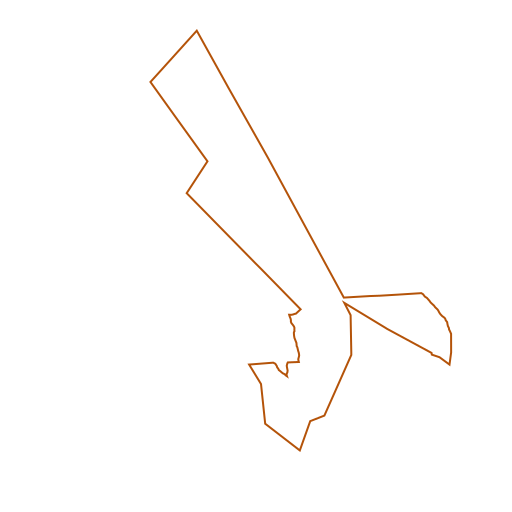 the district of Sebastião Leal, Piauí, Brazil, rotated 139°
{"feature_id": "56859067B27989040236964", "entity_name": "Sebastião Leal", "entity_type": "district", "adm_level": 2, "iso_a3": "BRA", "parent_name": "Brazil", "parent_adm1": "Piauí", "projection": "equal_earth", "projection_center": [-44.056, -7.769], "detail": "fine", "context": "isolated", "style": "outline", "palette": "amber", "viewbox_px": 512, "rotation_deg": 139, "n_neighbors": 0, "source": "geoboundaries", "source_scale": "gbopen_adm2", "svg_char_len": 1567}
<svg xmlns="http://www.w3.org/2000/svg" viewBox="0 0 512 512"><g transform="rotate(139 256 256)"><path d="M172.0,55.2L159.8,69.3L158.9,72.2L158.5,73.9L157.7,75.0L157.1,77.3L156.0,79.3L155.1,80.7L155.0,82.9L154.3,84.7L154.3,85.9L154.9,88.5L155.0,91.0L154.9,92.2L154.6,93.9L154.2,95.4L154.1,96.7L154.4,99.9L154.2,101.6L154.6,105.3L154.7,106.6L154.5,108.1L154.5,112.2L155.2,114.6L155.0,117.5L155.6,119.5L173.8,133.4L187.7,144.1L188.6,144.8L196.5,151.2L217.0,167.0L198.5,250.5L182.6,322.1L182.1,324.5L181.4,327.9L166.6,400.3L152.9,464.9L208.8,458.1L221.5,456.6L225.4,415.1L229.8,367.2L230.5,359.3L267.1,348.9L261.2,250.8L260.7,243.8L257.3,186.5L263.7,186.3L265.1,187.1L266.1,187.4L267.9,188.4L269.5,189.9L270.2,188.4L271.1,185.8L271.9,184.5L272.8,183.5L273.3,182.2L273.4,179.6L273.6,177.8L274.1,176.6L275.5,175.1L276.3,174.0L277.4,173.6L278.3,172.6L279.6,170.8L280.7,169.0L281.6,166.5L282.5,163.9L284.4,161.3L284.7,160.0L286.4,156.8L287.1,155.1L287.8,153.9L288.6,152.7L289.6,151.9L291.8,150.4L292.6,149.1L293.2,147.9L301.8,154.8L302.8,154.4L303.8,153.7L304.8,153.0L305.5,151.9L306.5,150.2L307.3,148.8L308.8,147.5L309.9,147.1L311.0,146.2L311.5,145.0L311.9,146.6L311.9,148.0L312.7,149.8L313.0,151.5L313.2,153.1L313.6,155.0L313.1,156.5L313.1,158.0L312.5,159.3L312.1,162.0L313.0,164.2L329.6,176.5L332.4,178.6L336.2,156.1L359.1,123.4L350.9,82.5L350.5,80.5L323.4,95.8L309.1,90.7L286.8,101.1L249.0,118.8L247.1,121.0L223.4,149.3L220.1,162.7L205.4,116.8L204.9,115.1L187.1,67.7L188.0,66.2L183.9,59.2L181.2,47.1L172.0,55.2Z" fill="none" stroke="#b45309" stroke-width="2"/></g></svg>